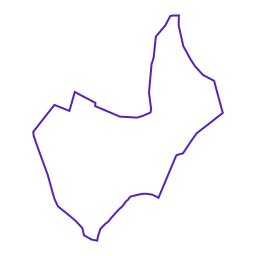 the district of Ekiti South-West, Ekiti, Nigeria
{"feature_id": "59680162B46774046834533", "entity_name": "Ekiti South-West", "entity_type": "district", "adm_level": 2, "iso_a3": "NGA", "parent_name": "Nigeria", "parent_adm1": "Ekiti", "projection": "equal_earth", "projection_center": [5.068, 7.525], "detail": "fine", "context": "isolated", "style": "outline", "palette": "violet", "viewbox_px": 256, "rotation_deg": 0, "n_neighbors": 0, "source": "geoboundaries", "source_scale": "gbopen_adm2", "svg_char_len": 1148}
<svg xmlns="http://www.w3.org/2000/svg" viewBox="0 0 256 256"><path d="M158.5,197.8L175.8,156.5L176.7,155.1L183.0,153.3L192.2,139.5L194.1,136.9L196.5,133.6L196.9,133.1L197.4,132.7L201.1,129.8L210.2,122.8L215.0,119.0L218.2,116.5L219.4,115.6L220.4,114.8L221.8,113.7L222.8,112.9L221.5,108.3L220.0,102.6L218.2,96.1L217.0,91.7L215.5,86.1L214.1,80.8L212.5,80.0L208.5,77.9L206.2,76.6L203.0,75.0L200.0,71.7L195.0,66.2L190.7,59.6L183.3,46.1L178.7,25.6L178.8,15.4L174.3,15.6L173.3,15.4L170.2,16.1L165.4,25.3L162.2,29.1L155.9,36.5L153.6,57.7L152.1,62.8L151.6,63.4L149.0,92.8L151.2,109.6L150.4,112.6L142.4,116.0L137.1,117.6L119.9,116.6L104.6,110.1L95.1,106.1L95.4,102.9L74.8,92.0L69.4,110.9L54.4,104.9L33.2,131.9L33.8,136.2L38.1,148.5L44.0,164.7L47.8,175.1L52.4,191.8L54.6,199.4L58.0,206.4L69.4,215.6L71.3,217.2L75.4,220.6L82.3,228.0L84.0,235.3L91.5,239.5L92.7,239.8L97.2,240.6L98.0,236.3L100.4,228.9L102.5,226.7L105.1,224.1L108.7,221.2L110.8,218.4L118.4,209.9L122.6,206.1L126.0,201.4L128.1,199.6L130.2,196.7L132.0,196.2L133.7,195.8L137.8,194.8L142.7,193.8L146.9,193.8L152.5,194.7L158.2,197.6L158.5,197.8Z" fill="none" stroke="#5b21b6" stroke-width="2"/></svg>